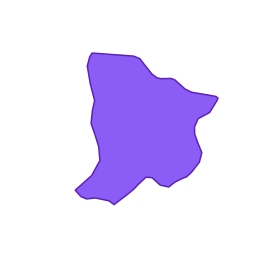 SVG path tracing the border of Manufahi, rotated 222°
{"feature_id": "TLS-551", "entity_name": "Manufahi", "entity_type": "District", "adm_level": 1, "iso_a3": "TLS", "parent_name": "East Timor", "parent_adm1": "", "projection": "robinson", "projection_center": [125.762, -8.972], "detail": "fine", "context": "isolated", "style": "filled", "palette": "violet", "viewbox_px": 256, "rotation_deg": 222, "n_neighbors": 0, "source": "natural_earth", "source_scale": "10m", "svg_char_len": 744}
<svg xmlns="http://www.w3.org/2000/svg" viewBox="0 0 256 256"><g transform="rotate(222 128 128)"><path d="M204.8,159.7L171.9,185.2L165.8,187.4L146.5,184.1L140.0,184.7L136.4,186.8L129.2,193.6L125.4,195.1L111.8,195.1L104.9,197.0L83.8,210.3L81.1,210.4L80.2,207.8L77.7,194.1L80.1,187.5L82.1,181.8L79.3,173.4L74.5,168.2L66.4,163.8L56.6,159.0L52.1,150.4L51.2,138.0L51.8,130.9L54.4,125.7L57.1,118.6L58.2,111.5L65.8,107.1L76.7,107.2L81.7,103.6L82.6,93.1L82.8,86.2L84.2,77.0L87.0,62.5L87.0,61.8L93.5,61.1L105.4,54.2L111.3,47.6L116.8,45.6L125.4,46.4L125.5,47.4L123.2,68.3L127.1,85.0L137.1,94.4L147.1,100.4L158.5,106.7L166.1,117.1L171.2,126.1L185.6,135.6L199.7,146.8L204.1,155.3L204.8,159.7Z" fill="#8b5cf6" stroke="#5b21b6" stroke-width="1.5"/></g></svg>